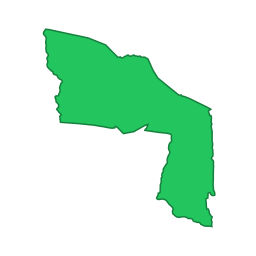 outline of Cansanção, Bahia, Brazil, rotated 10°
{"feature_id": "56859067B78734570227472", "entity_name": "Cansanção", "entity_type": "district", "adm_level": 2, "iso_a3": "BRA", "parent_name": "Brazil", "parent_adm1": "Bahia", "projection": "mercator", "projection_center": [-39.43, -10.77], "detail": "fine", "context": "isolated", "style": "filled", "palette": "green", "viewbox_px": 256, "rotation_deg": 10, "n_neighbors": 0, "source": "geoboundaries", "source_scale": "gbopen_adm2", "svg_char_len": 4080}
<svg xmlns="http://www.w3.org/2000/svg" viewBox="0 0 256 256"><g transform="rotate(10 128 128)"><path d="M227.7,210.5L227.1,208.3L227.1,206.6L226.8,205.4L226.0,204.2L225.9,203.1L226.3,202.0L226.3,200.9L224.8,200.0L223.7,198.6L222.9,197.8L222.5,196.2L221.8,194.9L221.1,193.9L219.8,194.3L219.2,192.7L218.7,191.6L218.5,190.2L218.1,188.5L217.8,187.3L217.2,185.6L217.3,184.0L218.8,183.0L218.6,181.7L218.5,180.2L218.1,178.6L218.6,177.6L220.2,177.6L221.0,179.0L222.3,179.7L223.6,179.8L225.1,179.1L224.8,177.3L224.3,176.1L223.6,175.1L222.8,173.9L222.7,172.6L222.1,170.9L221.7,169.5L221.5,167.9L221.3,166.7L221.1,165.2L221.0,163.8L220.6,162.0L220.4,160.9L220.1,159.2L219.9,157.9L219.7,156.8L219.6,155.5L219.4,154.3L219.1,153.1L219.1,151.8L218.9,150.7L218.6,149.5L218.2,147.9L218.1,146.3L217.5,145.3L216.0,144.3L215.4,143.2L215.8,142.0L216.4,140.9L216.3,139.5L216.0,138.0L215.5,136.2L215.4,135.0L214.8,134.0L214.5,133.0L214.2,131.6L214.4,130.5L214.1,128.9L213.5,127.1L212.9,125.7L212.8,124.2L212.5,122.8L212.2,120.9L211.8,118.7L211.5,116.7L210.6,114.8L210.0,112.8L209.4,111.5L209.9,110.3L209.7,109.0L208.9,107.9L208.8,106.6L208.6,105.0L208.4,103.6L208.1,102.4L207.5,101.3L206.2,101.5L205.6,100.0L204.6,98.4L204.3,96.9L205.5,96.0L206.3,95.1L200.4,93.2L183.0,88.2L177.3,87.1L175.8,87.4L174.9,86.3L173.0,86.7L171.8,86.5L160.2,80.1L156.5,78.0L148.8,73.7L142.6,66.8L136.0,57.0L135.0,56.2L133.8,55.9L132.7,55.5L131.5,55.3L130.1,55.9L128.6,55.7L127.1,55.0L126.2,55.7L124.8,55.8L123.8,55.6L122.7,55.8L121.5,55.2L120.5,55.3L119.5,56.3L118.5,56.5L117.6,57.0L116.5,56.8L115.6,56.1L114.3,56.6L113.5,57.7L112.4,58.0L111.1,59.5L109.3,60.1L108.1,59.3L107.0,59.8L105.9,60.2L100.1,56.2L91.6,50.1L73.4,46.3L68.7,46.1L61.4,45.8L59.8,45.8L33.4,44.8L29.8,45.0L29.1,46.6L28.3,48.2L28.3,49.6L28.9,50.6L30.4,51.7L31.3,52.7L31.8,53.6L32.0,55.2L32.0,57.4L32.5,59.2L33.1,60.7L33.2,62.7L33.4,64.4L33.9,65.6L34.1,66.7L34.7,67.7L35.9,68.6L36.9,69.9L36.6,71.7L36.1,72.7L36.0,73.7L37.1,75.4L37.5,77.6L37.2,79.4L37.6,81.0L38.5,82.2L39.6,83.1L40.7,83.8L42.2,85.0L44.1,85.4L44.6,86.7L45.4,87.9L47.0,88.2L48.9,88.4L49.8,89.9L50.5,90.6L51.6,91.4L52.8,91.9L54.0,92.1L55.0,93.1L55.2,94.5L54.4,95.3L54.0,96.6L54.1,97.8L53.7,98.9L53.7,100.6L54.4,101.9L54.7,103.4L54.5,104.8L54.2,105.9L53.9,107.3L53.6,108.5L52.5,108.7L51.4,109.0L50.8,109.8L51.1,111.1L51.9,112.3L52.3,113.3L52.7,114.8L53.9,115.6L54.8,116.3L55.7,117.2L55.7,118.5L56.1,119.8L55.1,120.6L54.5,122.0L55.9,123.1L56.9,124.2L58.0,125.0L59.2,125.8L59.9,126.6L59.1,127.6L58.8,128.7L59.5,130.1L59.5,131.4L60.0,132.4L60.5,134.1L79.4,132.2L80.7,132.1L94.3,131.1L100.5,131.1L103.5,131.0L108.1,131.1L110.1,131.1L112.6,130.9L115.0,130.1L115.2,128.7L117.4,129.2L118.9,130.3L119.8,130.9L121.8,132.4L124.5,134.3L134.6,130.5L135.7,129.5L143.9,122.8L147.0,121.0L146.7,122.8L146.6,124.1L146.2,125.3L145.3,126.2L145.0,127.4L158.9,127.0L166.4,126.4L171.1,126.6L171.9,127.5L172.3,128.4L172.3,130.0L172.7,131.3L173.1,132.9L172.9,134.3L171.9,135.3L171.3,137.0L171.3,138.9L171.4,140.9L172.2,142.7L173.3,144.0L173.4,145.5L173.2,146.6L172.7,147.7L172.4,148.7L172.2,150.1L172.0,151.2L172.1,152.7L172.5,154.5L172.9,155.9L171.9,156.9L171.6,158.0L171.0,159.4L170.3,161.1L169.8,162.7L170.4,164.1L170.0,165.3L169.5,166.8L169.4,168.3L170.0,170.0L169.4,171.6L169.6,172.9L169.8,174.0L170.1,175.5L169.8,177.6L169.7,179.0L170.1,180.5L170.2,182.0L170.5,183.6L170.7,185.1L170.3,186.6L169.1,186.9L169.2,188.5L168.7,190.4L168.3,192.0L169.2,193.0L170.8,193.1L172.1,192.6L173.3,192.2L174.8,191.9L176.1,192.1L177.2,192.3L178.4,192.7L179.3,193.8L180.2,194.5L181.4,195.7L182.5,196.5L183.6,197.1L184.6,197.8L185.8,198.6L186.6,200.2L186.2,202.0L186.5,203.3L186.9,204.5L187.8,205.2L188.8,205.7L189.8,206.4L191.2,207.0L192.4,207.2L193.7,207.2L195.1,206.6L196.7,206.1L198.1,205.8L199.2,205.6L200.2,205.7L201.7,206.0L203.1,206.7L204.5,206.4L206.0,206.3L207.5,206.8L208.3,208.1L209.5,208.6L211.2,208.6L212.8,209.0L214.2,208.5L215.7,209.3L216.5,210.2L217.6,210.5L218.9,210.8L219.9,211.2L221.3,211.1L222.4,211.0L223.5,210.9L225.0,210.5L226.3,210.4L227.7,210.5Z" fill="#22c55e" stroke="#15803d" stroke-width="1.5"/></g></svg>